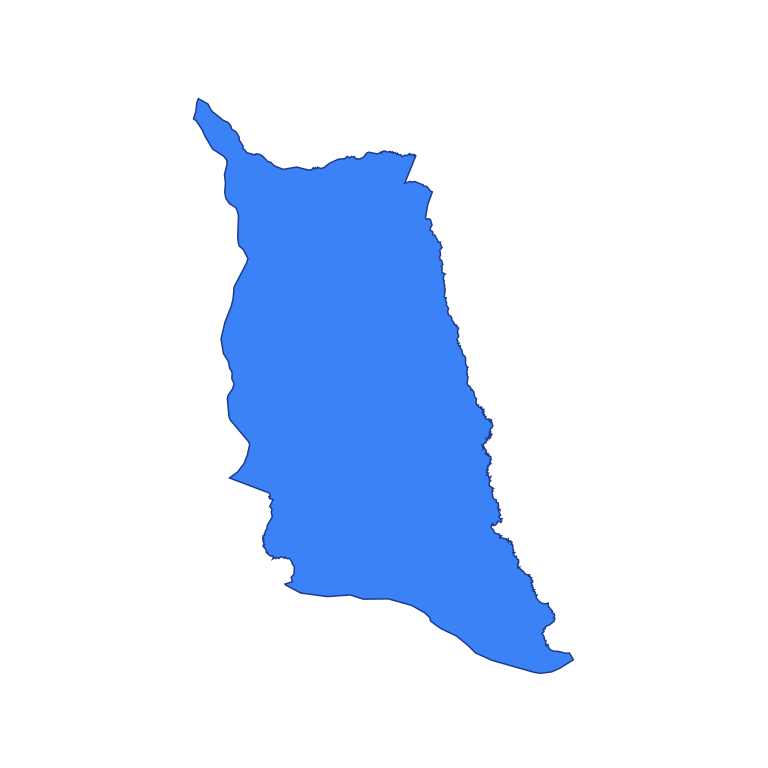 outline of La Joya de los Sachas, Orellana, Ecuador, rotated 21°
{"feature_id": "8360857B49386620675514", "entity_name": "La Joya de los Sachas", "entity_type": "district", "adm_level": 2, "iso_a3": "ECU", "parent_name": "Ecuador", "parent_adm1": "Orellana", "projection": "robinson", "projection_center": [-76.855, -0.261], "detail": "fine", "context": "isolated", "style": "filled", "palette": "blue", "viewbox_px": 768, "rotation_deg": 21, "n_neighbors": 0, "source": "geoboundaries", "source_scale": "gbopen_adm2", "svg_char_len": 6170}
<svg xmlns="http://www.w3.org/2000/svg" viewBox="0 0 768 768"><g transform="rotate(21 384 384)"><path d="M111.1,204.7L114.5,205.6L123.2,211.9L128.3,217.0L139.9,226.1L152.6,228.8L157.0,231.3L158.7,235.1L160.0,245.6L164.0,253.3L166.6,262.1L169.9,267.4L175.1,271.0L181.8,272.3L183.9,273.6L187.8,278.9L195.0,299.8L197.6,304.7L199.6,307.2L204.5,308.9L212.0,315.7L212.4,319.7L209.3,346.9L212.6,358.7L213.5,366.0L213.4,383.5L215.7,400.3L223.3,413.2L230.8,418.9L234.1,424.4L238.1,427.7L240.1,433.7L243.9,437.5L244.4,442.9L242.6,449.8L242.9,453.6L251.1,470.3L253.4,472.7L277.8,486.1L280.2,488.4L281.9,498.9L281.9,508.0L279.0,518.3L273.4,527.1L316.6,526.9L318.0,529.9L316.9,530.3L318.3,531.9L321.9,531.7L321.2,539.2L324.2,541.0L324.7,544.0L327.3,548.0L325.7,557.6L326.5,561.5L325.9,564.0L326.6,565.3L325.8,566.5L326.8,568.0L325.6,569.0L326.1,571.6L327.1,571.3L327.0,573.8L328.3,573.8L328.4,575.4L330.0,576.4L329.0,577.5L329.4,578.9L330.3,578.5L330.5,579.5L333.1,580.8L334.3,583.0L335.3,582.8L335.2,583.7L336.0,583.4L336.7,584.4L340.1,585.3L341.6,584.3L342.9,585.7L342.8,587.1L344.3,585.0L345.3,585.8L346.2,584.4L348.4,584.5L349.4,582.6L350.9,581.9L353.5,582.3L353.7,581.3L356.2,581.8L358.2,580.7L362.0,583.2L362.5,584.5L365.9,586.9L368.1,593.9L366.6,597.7L369.3,601.4L363.2,606.3L363.9,606.8L381.1,609.0L407.5,602.7L428.1,593.0L441.7,592.3L465.2,583.0L489.1,580.8L503.9,583.0L510.3,585.6L512.5,588.6L519.9,590.7L525.4,592.0L541.9,593.3L556.0,597.9L565.9,602.3L584.3,603.3L627.3,599.4L634.0,597.9L643.6,592.7L649.8,586.5L659.6,573.6L653.6,568.7L649.7,570.4L642.9,571.1L637.3,572.8L633.2,572.1L630.3,568.6L629.2,570.9L629.2,569.1L628.0,569.0L627.1,565.5L625.5,565.4L623.8,562.3L620.9,560.1L622.1,557.8L620.7,555.8L622.2,554.8L621.7,552.7L624.9,549.4L627.8,544.4L627.5,541.6L626.1,541.5L626.4,539.3L625.2,537.6L622.8,537.2L622.9,535.9L617.0,532.6L615.9,529.7L613.2,531.5L610.4,532.1L606.9,531.5L602.5,528.9L602.3,526.1L601.4,526.6L599.8,525.6L600.0,524.1L597.1,523.8L598.2,522.2L596.4,522.2L596.3,520.6L594.2,519.8L594.7,518.9L592.5,516.7L593.8,515.8L593.2,514.2L591.6,514.3L591.4,512.2L590.3,512.7L589.4,511.1L588.1,511.5L588.1,510.1L584.7,511.1L581.0,508.8L579.9,509.4L578.9,508.2L576.1,507.5L576.3,506.3L574.5,507.5L574.0,504.0L572.9,503.5L573.7,502.2L572.5,499.8L570.9,499.9L569.2,497.4L568.2,498.3L567.1,497.9L565.9,496.1L566.4,494.7L564.6,495.4L564.9,493.1L563.6,492.1L561.8,488.1L560.0,487.9L560.4,486.1L558.0,485.1L557.1,487.0L555.5,484.2L554.9,486.1L553.8,484.7L547.1,486.0L548.1,483.8L546.6,484.3L545.9,482.9L540.8,483.6L538.6,481.1L535.3,479.7L534.9,475.7L535.9,475.6L536.7,477.0L538.0,476.3L539.5,474.0L539.1,470.9L539.6,471.8L541.2,471.0L542.6,471.5L543.0,469.7L542.0,468.8L542.5,467.6L540.5,468.2L538.5,466.3L539.9,464.9L536.5,461.6L536.0,460.2L537.6,460.3L537.1,459.5L534.4,458.8L534.9,457.2L533.1,454.0L531.2,454.2L530.4,452.0L527.9,452.1L526.2,450.6L523.3,445.7L524.1,445.0L522.7,443.5L523.6,442.3L518.4,441.3L517.4,437.5L518.3,436.2L516.6,435.5L516.8,432.3L515.5,433.9L513.7,431.5L512.7,432.2L513.2,430.5L512.6,431.0L512.6,429.7L511.5,429.7L511.9,427.2L510.8,427.5L511.6,425.9L510.4,426.9L511.2,425.5L510.2,423.8L511.2,422.9L510.5,422.4L512.3,420.2L511.1,419.8L511.7,419.4L510.9,418.7L511.1,416.7L510.2,416.1L510.8,415.7L509.8,413.7L507.2,413.7L506.7,413.3L507.3,412.8L506.2,412.7L506.6,411.6L506.1,412.4L505.9,411.6L505.0,412.1L504.3,411.4L504.9,413.0L503.4,412.5L503.7,409.9L500.9,407.9L499.8,409.2L500.0,407.1L498.8,407.7L497.5,405.9L498.8,406.1L498.4,404.3L500.2,401.8L499.9,399.7L500.6,399.3L498.8,398.2L501.6,397.5L500.4,396.0L502.1,396.2L500.9,394.6L502.1,394.8L501.3,393.7L502.3,394.0L502.8,392.3L499.8,391.6L500.0,390.5L501.3,390.7L499.3,389.4L500.7,384.3L498.3,381.1L497.5,381.5L497.5,380.3L496.6,380.4L497.3,378.4L495.4,380.5L494.9,379.0L492.1,380.1L490.7,379.5L490.8,378.0L489.8,378.5L488.8,376.5L488.0,377.3L487.7,376.2L486.8,375.9L487.1,375.3L486.2,375.2L487.2,374.0L486.0,373.8L486.2,372.6L485.2,373.5L485.7,372.1L484.2,372.4L483.7,371.1L483.0,371.9L482.7,370.0L482.5,371.1L480.9,371.5L479.6,370.9L479.7,369.8L478.1,370.5L476.0,367.2L475.7,364.7L473.3,363.6L470.6,359.1L468.3,357.7L467.4,358.5L467.0,357.2L465.0,355.5L462.5,355.0L461.1,353.0L459.9,347.2L458.5,346.3L458.4,344.8L457.1,344.3L456.9,341.2L455.9,339.4L456.3,338.3L454.9,338.0L452.8,335.8L450.6,329.9L446.5,327.7L444.4,324.1L442.6,323.6L441.6,321.0L440.5,321.6L439.2,320.2L439.5,319.0L438.1,319.6L437.4,317.2L436.0,317.0L436.6,312.5L435.6,310.9L434.1,310.4L434.3,309.1L433.0,306.7L433.9,305.9L432.6,304.4L430.6,304.2L430.8,303.1L427.9,303.2L427.6,302.0L424.8,300.2L422.7,297.1L419.5,296.3L417.4,293.7L417.2,290.3L414.0,288.1L413.2,285.5L411.5,283.8L411.1,281.2L409.6,281.7L408.9,280.5L407.8,275.7L406.9,275.2L407.4,274.0L405.6,271.7L405.3,269.8L403.8,268.6L403.3,266.1L401.8,265.0L400.8,260.5L401.7,259.5L397.9,259.0L396.6,254.4L395.2,253.4L396.2,251.6L393.5,248.1L392.3,248.0L390.3,245.9L390.6,243.6L388.1,238.7L389.3,235.8L386.1,232.7L385.9,231.4L384.1,232.1L378.3,226.9L376.4,227.3L374.9,224.3L372.1,224.1L371.4,221.6L371.9,218.4L368.4,213.9L366.1,213.8L364.7,215.2L363.2,214.0L360.5,200.6L360.3,187.3L358.3,187.2L353.3,184.3L350.1,184.9L349.5,184.1L340.0,184.0L337.2,185.7L335.8,185.5L331.4,189.1L331.9,159.5L330.6,159.0L330.6,160.3L328.9,159.4L328.1,160.2L326.3,159.8L325.9,160.9L325.0,160.1L324.1,161.7L322.7,163.0L321.3,163.0L319.5,165.3L317.4,163.9L315.3,164.9L313.9,163.7L313.0,164.9L311.3,164.0L309.3,165.2L308.7,164.1L307.5,165.3L306.7,164.6L304.4,166.1L300.4,166.4L298.8,168.1L299.1,169.4L297.7,168.8L295.8,171.5L286.7,173.1L285.1,174.4L283.7,179.3L280.9,182.8L279.0,182.9L277.7,184.1L274.6,182.3L273.2,183.7L272.2,183.3L270.7,185.2L268.0,184.7L266.9,187.6L261.1,190.3L254.2,197.2L250.2,203.8L247.4,205.6L244.3,205.4L243.9,207.2L242.2,206.6L241.8,208.3L240.4,207.6L239.9,209.6L237.1,211.3L224.6,212.8L212.9,219.8L203.1,219.6L198.9,217.6L195.6,217.9L188.7,214.7L185.4,214.3L182.1,214.9L181.5,216.3L173.3,217.2L167.9,214.4L167.0,212.2L161.5,208.2L160.3,205.5L157.2,202.9L154.7,201.3L150.9,200.9L148.1,197.6L144.3,195.6L139.5,195.5L126.8,191.4L124.6,190.4L119.3,185.7L108.5,184.1L108.4,188.4L110.7,197.1L111.1,204.7Z" fill="#3b82f6" stroke="#1e3a8a" stroke-width="1.5"/></g></svg>